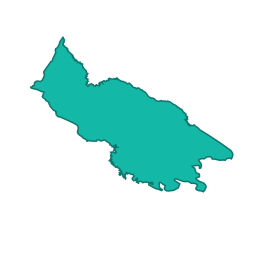 the district of Akat Amnuai, Sakon Nakhon, Thailand, rotated 121°
{"feature_id": "78962969B83463915016953", "entity_name": "Akat Amnuai", "entity_type": "district", "adm_level": 2, "iso_a3": "THA", "parent_name": "Thailand", "parent_adm1": "Sakon Nakhon", "projection": "equal_earth", "projection_center": [103.97, 17.642], "detail": "fine", "context": "isolated", "style": "filled", "palette": "teal", "viewbox_px": 256, "rotation_deg": 121, "n_neighbors": 0, "source": "geoboundaries", "source_scale": "gbopen_adm2", "svg_char_len": 5833}
<svg xmlns="http://www.w3.org/2000/svg" viewBox="0 0 256 256"><g transform="rotate(121 128 128)"><path d="M141.8,30.2L138.2,30.7L136.9,32.2L136.2,34.8L137.0,39.4L136.7,43.1L136.2,43.7L135.4,43.7L133.0,41.6L131.0,42.9L130.7,43.7L131.3,46.0L131.2,46.7L128.1,50.1L128.1,52.6L127.7,53.3L126.4,52.1L123.6,48.1L123.9,47.1L125.6,46.2L125.6,45.7L125.0,45.1L123.2,45.3L121.7,46.2L120.7,47.5L119.4,50.6L118.9,50.9L116.7,49.6L115.2,46.9L111.7,45.2L110.1,42.2L110.3,41.2L111.1,40.0L111.0,39.3L109.9,37.4L108.4,32.7L106.8,30.6L105.5,28.0L103.2,27.5L101.6,25.8L101.1,24.8L101.3,23.6L99.6,23.6L96.6,24.5L95.1,26.5L94.3,28.5L93.3,41.2L92.7,55.7L92.6,65.4L91.8,68.4L91.8,70.8L91.3,72.6L91.3,73.0L93.0,74.0L93.0,74.9L93.4,76.0L94.1,75.9L94.5,77.0L94.2,77.5L93.7,77.2L93.8,77.7L93.4,77.8L93.6,78.1L93.2,78.4L93.4,78.7L93.0,78.7L92.8,79.2L93.1,79.7L92.5,80.5L91.9,80.6L91.6,81.8L92.0,82.5L91.6,82.6L91.5,83.4L90.3,82.8L90.2,82.0L89.7,82.4L89.5,81.8L88.8,82.7L87.9,82.6L87.7,83.5L87.9,83.6L87.9,84.8L86.3,85.4L86.4,86.0L85.9,87.0L86.2,87.5L85.8,88.0L86.0,88.4L84.5,91.3L84.5,92.4L84.8,92.7L84.3,95.4L84.7,96.1L84.2,97.2L84.1,99.2L84.3,101.0L84.0,104.8L84.5,107.9L85.5,108.6L85.7,109.8L86.6,111.5L87.4,112.1L87.3,113.5L89.7,116.0L90.1,117.8L89.4,121.3L90.4,123.9L90.6,125.7L90.3,127.2L88.9,130.3L88.4,132.2L88.6,134.3L88.1,135.0L88.6,137.2L88.2,139.4L88.7,140.3L89.9,141.1L89.7,141.9L90.5,145.1L89.6,146.5L88.9,149.8L89.1,150.3L90.5,151.0L90.2,154.1L90.7,155.0L90.6,156.4L91.5,157.7L91.2,158.9L91.5,159.4L91.3,161.1L91.6,161.3L91.1,162.0L91.5,162.6L91.0,162.6L90.8,163.3L91.8,163.9L92.5,163.7L92.8,165.2L93.2,165.0L94.6,167.2L94.9,169.5L95.8,170.0L96.4,169.1L97.4,169.2L97.5,169.9L98.3,170.7L98.8,170.6L99.8,171.3L99.7,172.6L100.3,173.3L102.1,174.2L102.7,173.1L102.8,174.9L103.8,175.7L104.9,175.7L104.7,174.8L105.0,174.3L105.5,174.7L106.6,174.3L106.6,175.2L107.5,176.5L107.1,177.2L108.0,177.8L109.1,177.6L109.5,179.4L108.9,180.0L109.2,180.5L108.8,182.0L111.1,183.8L111.8,183.4L113.0,183.8L112.3,186.2L111.6,185.9L111.5,186.3L111.0,186.3L110.8,185.9L109.8,186.6L109.6,186.0L109.6,186.5L109.3,186.4L109.5,186.8L108.6,186.6L106.7,187.6L106.8,188.3L107.2,188.7L106.7,189.6L107.1,189.9L106.8,190.4L106.5,190.1L106.1,190.4L106.1,189.8L105.6,190.0L105.7,190.5L105.2,190.8L104.6,189.9L104.2,190.3L104.2,190.8L102.2,190.4L102.2,191.6L100.5,193.4L99.6,197.4L99.1,197.4L98.5,198.9L96.6,199.9L96.8,201.3L97.3,201.4L97.2,202.0L97.0,201.7L96.7,202.2L97.1,202.9L96.5,203.2L97.0,203.5L97.1,204.4L97.3,204.1L97.7,204.6L97.3,204.6L97.2,205.5L96.5,206.7L97.2,206.9L97.4,207.7L96.7,207.1L96.9,207.6L96.3,208.3L96.8,208.9L96.0,210.5L96.2,210.8L95.7,210.8L95.6,211.8L95.1,212.0L95.0,212.7L94.6,212.2L94.0,213.6L92.9,219.4L92.5,219.4L92.0,220.8L91.4,220.5L91.4,221.2L90.9,221.7L91.0,223.2L91.0,224.0L90.5,224.3L90.6,225.7L90.3,225.7L89.9,226.8L89.5,226.7L88.6,227.5L87.7,226.9L86.7,227.6L86.2,227.5L85.2,228.1L83.8,230.4L83.1,230.5L89.2,230.8L93.3,229.7L94.0,230.0L95.3,229.8L97.2,230.8L99.0,230.2L100.7,228.7L107.4,228.1L109.9,227.5L110.8,228.3L123.0,229.2L124.2,228.5L125.9,226.7L130.8,226.1L133.1,226.8L134.6,230.2L136.1,231.2L137.3,231.4L139.9,230.4L140.6,230.7L140.8,231.3L141.6,231.3L143.2,232.4L143.6,231.8L142.9,228.8L142.1,227.3L142.3,226.6L142.0,226.4L141.7,225.1L141.3,220.6L140.7,219.5L140.6,218.5L145.2,217.6L145.8,216.1L145.8,214.5L146.8,212.1L146.6,210.3L147.0,208.8L148.0,208.2L148.8,206.4L149.5,206.0L151.1,201.0L150.9,198.7L151.5,198.2L151.4,197.6L152.0,197.6L153.5,196.5L154.1,194.7L154.3,193.6L153.5,192.0L152.7,185.7L151.8,177.3L151.7,173.5L152.2,172.1L153.3,170.8L154.9,170.0L156.8,169.6L158.1,168.8L158.2,168.0L158.7,167.6L159.1,165.1L159.0,163.2L159.2,162.5L159.5,162.4L159.5,161.5L159.8,161.0L159.5,159.5L159.6,157.4L160.3,156.5L160.0,156.4L160.0,155.9L159.5,156.0L159.1,155.4L158.1,152.8L155.5,148.2L154.1,148.3L153.5,147.8L153.0,144.3L150.8,142.6L150.4,141.7L150.6,136.0L151.2,134.5L151.7,134.7L151.5,132.9L152.3,131.9L150.9,130.9L151.6,130.5L150.8,129.4L149.0,130.2L148.7,129.7L149.3,129.0L150.0,129.0L150.1,127.2L151.2,128.7L152.3,128.7L152.4,129.6L153.2,128.8L154.1,128.7L153.0,128.2L153.3,127.6L153.7,128.1L154.0,128.0L154.5,126.3L154.9,126.3L155.2,125.5L156.4,126.6L156.1,128.3L157.7,130.3L158.2,129.0L159.6,129.0L160.3,127.5L160.8,128.4L162.1,127.0L162.6,127.2L163.8,126.9L163.4,125.8L164.1,125.9L164.5,127.0L164.8,126.9L165.0,126.1L165.6,126.8L165.8,125.4L165.1,125.1L165.1,123.8L165.8,124.4L165.6,122.9L166.2,122.6L166.2,123.6L167.0,123.9L167.2,122.3L166.8,122.4L166.3,121.6L167.5,120.9L167.3,119.7L168.0,118.6L167.5,118.3L167.4,117.4L166.7,117.3L167.3,116.4L167.1,115.4L167.4,115.0L167.4,113.4L168.8,113.6L168.5,112.7L168.7,111.9L168.3,111.3L169.7,110.2L170.3,110.3L170.4,111.1L169.9,111.3L170.4,112.3L170.8,112.4L170.9,111.7L171.5,111.7L171.6,111.2L170.9,111.2L171.0,110.6L172.5,111.4L172.7,110.6L171.8,110.0L170.8,110.1L170.3,109.3L171.3,108.1L171.5,107.3L172.2,107.3L172.8,106.2L172.2,104.8L172.9,104.0L172.3,103.9L171.5,104.8L171.2,106.5L170.5,105.8L169.6,106.4L169.2,106.2L169.2,106.8L167.8,106.1L167.5,106.6L166.8,106.3L166.7,105.0L167.3,104.6L166.2,103.9L166.1,101.6L165.2,99.8L166.0,98.1L168.9,98.5L169.7,97.9L170.3,96.1L168.9,94.4L167.4,95.1L166.4,94.3L167.1,93.3L170.0,92.9L169.9,90.6L168.3,91.0L167.5,90.4L167.0,88.4L167.3,87.2L165.4,85.5L163.7,81.3L162.1,79.4L162.3,78.2L163.3,77.6L163.8,78.2L163.8,80.1L164.1,80.9L165.2,81.4L166.1,80.7L165.7,73.1L164.7,69.6L164.4,67.0L163.2,66.7L162.9,70.0L161.6,71.5L159.0,72.9L158.3,72.6L158.0,71.9L157.9,71.0L158.3,68.9L158.1,66.3L160.8,65.9L161.9,64.6L162.0,62.8L161.3,61.1L157.9,56.7L153.4,54.1L149.1,54.9L149.3,57.4L149.0,59.0L149.2,60.9L148.8,61.5L147.7,61.5L146.7,60.2L145.4,53.2L144.4,51.1L142.8,49.0L142.8,45.2L141.4,42.9L140.8,41.1L141.0,39.8L141.6,38.8L144.7,38.8L145.6,37.9L145.4,35.5L144.1,32.6L143.9,30.6L141.8,30.2Z" fill="#14b8a6" stroke="#0f766e" stroke-width="1.5"/></g></svg>